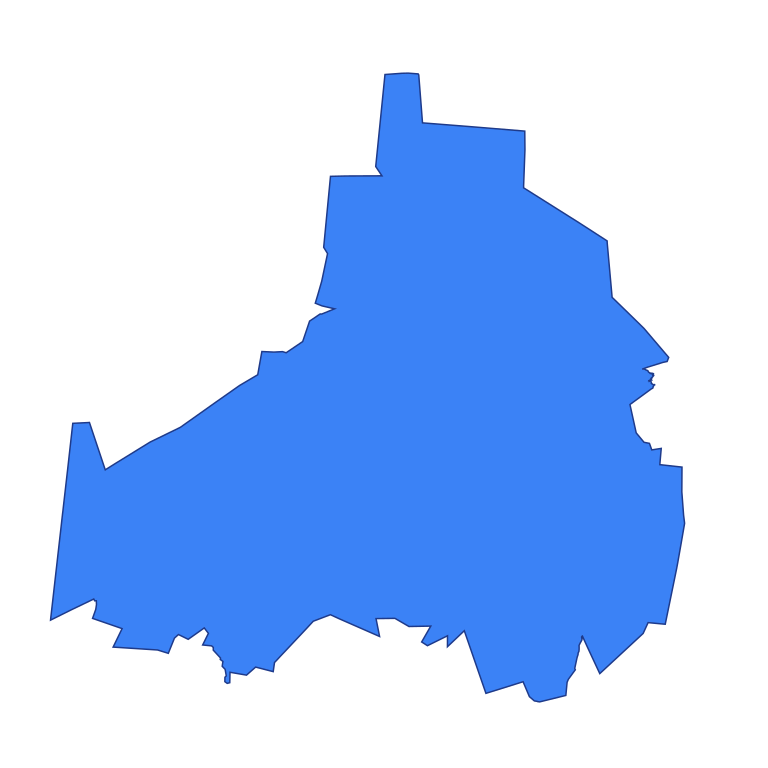 Arizpe, Sonora, Mexico (Albers equal-area conic projection), rotated 275°
{"feature_id": "50627088B18728896927729", "entity_name": "Arizpe", "entity_type": "district", "adm_level": 2, "iso_a3": "MEX", "parent_name": "Mexico", "parent_adm1": "Sonora", "projection": "albers", "projection_center": [-110.149, 30.441], "detail": "fine", "context": "isolated", "style": "filled", "palette": "blue", "viewbox_px": 768, "rotation_deg": 275, "n_neighbors": 0, "source": "geoboundaries", "source_scale": "gbopen_adm2", "svg_char_len": 4499}
<svg xmlns="http://www.w3.org/2000/svg" viewBox="0 0 768 768"><g transform="rotate(275 384 384)"><path d="M114.3,624.2L158.1,663.9L169.3,667.9L169.2,682.2L169.2,685.1L225.5,691.6L231.6,692.2L251.1,693.9L271.3,695.6L272.4,695.4L279.4,693.9L302.5,690.1L327.2,688.1L327.7,665.8L344.0,665.8L341.7,656.5L348.0,653.6L348.6,648.1L357.3,639.5L385.0,630.8L402.3,650.6L402.7,651.2L403.1,651.8L403.2,652.0L403.3,652.1L403.5,652.2L403.9,652.2L404.1,652.3L404.4,652.4L404.6,652.4L404.9,652.3L405.1,652.4L405.1,652.5L405.3,652.6L405.5,652.7L405.7,652.8L405.8,652.9L406.1,653.1L406.3,653.2L406.6,653.4L406.7,653.5L406.8,653.7L407.0,653.6L407.0,653.4L406.9,653.3L406.8,653.2L406.7,653.1L406.7,652.8L406.7,652.5L406.8,652.2L407.0,652.0L407.1,651.7L407.3,651.5L407.5,651.1L407.5,650.8L407.6,650.7L407.8,650.3L408.0,650.4L408.3,650.4L408.5,650.3L408.8,650.2L409.3,650.0L409.9,649.6L410.0,649.5L410.1,649.4L410.2,649.2L410.2,648.9L410.2,648.7L410.3,648.5L410.3,648.4L410.2,648.3L410.3,648.3L410.3,648.2L410.1,648.1L410.2,647.9L410.3,647.8L410.3,647.7L410.2,647.5L410.2,647.4L410.3,647.4L410.4,647.5L410.5,647.8L410.7,648.0L410.8,648.1L410.9,648.3L411.0,648.5L411.2,648.8L411.3,648.9L411.3,649.0L411.1,649.2L411.1,649.3L411.2,649.6L411.3,650.0L411.3,650.3L411.5,650.2L411.6,649.9L411.6,649.7L411.6,649.4L411.9,649.2L412.1,649.2L412.1,649.3L412.3,649.4L412.4,649.5L412.5,649.6L412.6,649.9L412.7,650.0L412.8,650.1L413.0,650.1L413.2,649.9L413.4,649.9L413.4,650.0L413.5,650.0L413.8,650.4L413.8,650.5L414.0,650.5L414.3,650.8L414.5,651.0L414.8,651.1L415.2,651.3L415.3,651.5L415.5,651.7L415.7,651.8L415.9,651.8L416.0,651.9L416.2,651.7L416.0,651.4L416.3,651.3L416.3,651.2L416.2,651.1L416.2,650.9L416.3,650.9L416.4,651.0L416.5,651.2L416.5,650.9L416.6,650.7L416.9,650.5L417.1,650.3L417.2,650.2L417.3,650.2L417.4,650.4L417.4,650.7L417.5,650.9L417.5,651.0L417.4,651.3L417.4,651.5L417.5,651.6L417.7,651.4L417.8,651.4L417.9,651.2L417.8,650.9L417.8,650.7L417.7,650.6L417.8,650.5L418.1,650.2L418.0,649.9L418.0,649.7L418.1,649.0L418.1,648.8L418.1,648.7L417.8,648.6L417.7,648.6L417.6,648.4L417.7,648.2L417.9,648.0L418.3,647.7L418.5,647.3L418.6,647.2L418.7,646.9L418.8,646.6L419.0,646.4L419.4,646.2L419.6,646.1L419.8,645.9L420.0,645.9L420.2,645.7L420.4,645.3L420.5,645.2L420.5,644.9L420.5,644.7L420.7,644.3L420.7,644.1L420.7,643.9L421.0,643.5L421.1,643.3L421.2,643.0L421.4,642.6L421.5,642.3L421.5,642.2L421.7,641.9L421.7,641.6L421.7,641.4L421.6,641.1L421.5,640.9L421.4,640.3L421.3,639.9L423.7,645.0L429.8,659.9L431.1,664.1L435.3,665.3L462.0,638.2L463.9,635.9L464.8,634.8L481.1,614.9L490.2,603.7L543.8,594.1L546.0,593.8L561.6,564.3L591.6,506.0L593.9,505.8L629.6,504.0L648.2,502.2L647.9,445.4L647.7,422.8L647.5,399.6L694.9,391.7L695.9,391.0L695.8,381.1L695.1,374.8L692.4,358.0L599.9,356.8L591.2,363.8L587.9,328.0L586.2,312.6L514.9,312.0L509.0,316.4L481.0,313.0L467.7,310.4L458.5,308.5L456.4,315.5L454.6,328.2L448.2,315.7L448.2,314.3L440.2,304.4L419.2,299.3L406.6,283.8L407.4,280.1L406.2,271.6L405.7,259.5L382.2,257.4L369.9,240.2L351.8,218.7L323.1,184.9L305.8,156.1L282.3,124.5L274.2,113.8L320.0,93.9L319.7,92.0L317.7,77.4L271.9,76.3L230.3,75.2L229.5,75.2L227.3,75.1L210.8,74.7L179.8,73.9L179.5,73.9L120.8,72.4L119.7,72.4L131.5,91.7L144.5,113.6L142.8,114.7L143.0,116.3L139.2,116.8L134.4,116.5L125.1,114.1L117.5,144.4L98.3,137.1L99.3,181.6L96.9,192.6L112.6,197.4L116.5,201.1L112.6,211.2L125.3,226.2L120.3,230.8L108.2,226.1L108.1,235.1L106.7,236.9L104.0,237.1L96.8,245.0L95.3,244.9L93.6,247.7L88.7,247.4L85.9,250.6L79.5,252.3L78.0,251.1L73.6,251.4L72.1,253.9L73.0,256.4L83.4,255.7L82.0,272.4L90.8,280.8L87.8,298.7L97.0,299.2L99.6,301.3L103.5,304.3L108.9,308.6L133.5,328.0L141.5,334.2L149.5,350.7L146.0,360.5L132.1,401.6L149.6,396.5L151.5,415.3L144.6,430.0L146.9,451.7L130.3,444.0L127.1,450.1L138.7,469.2L127.8,470.1L145.2,485.5L84.7,512.5L99.5,548.5L85.2,556.1L81.4,561.4L81.2,564.1L81.0,564.7L80.9,566.8L89.6,592.3L102.8,592.4L105.9,593.4L116.0,599.5L117.3,598.8L127.7,600.1L129.0,600.3L130.1,600.6L131.0,600.8L131.8,600.9L132.5,600.8L132.9,600.9L133.1,600.9L133.3,601.0L133.6,601.1L134.2,601.3L134.5,601.4L134.7,601.5L135.2,601.5L136.0,601.5L136.9,601.5L137.9,601.4L139.1,601.3L139.8,601.2L140.1,601.1L140.5,601.1L141.1,601.3L141.9,601.6L142.2,601.7L142.5,601.8L143.9,602.4L144.7,602.8L146.0,603.3L146.4,603.5L146.6,603.5L146.8,603.5L147.2,603.4L147.5,603.4L147.9,603.2L148.2,603.1L148.6,603.0L149.2,602.9L149.3,603.0L149.6,603.1L150.0,603.3L150.2,603.6L139.4,609.7L114.3,624.2Z" fill="#3b82f6" stroke="#1e3a8a" stroke-width="1.5"/></g></svg>